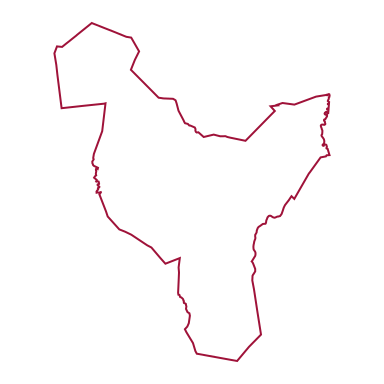 the district of San Cristóbal Amatlán, Oaxaca, Mexico
{"feature_id": "50627088B79757190065545", "entity_name": "San Cristóbal Amatlán", "entity_type": "district", "adm_level": 2, "iso_a3": "MEX", "parent_name": "Mexico", "parent_adm1": "Oaxaca", "projection": "albers", "projection_center": [-96.353, 16.302], "detail": "fine", "context": "isolated", "style": "outline", "palette": "rose", "viewbox_px": 384, "rotation_deg": 0, "n_neighbors": 0, "source": "geoboundaries", "source_scale": "gbopen_adm2", "svg_char_len": 4967}
<svg xmlns="http://www.w3.org/2000/svg" viewBox="0 0 384 384"><path d="M260.9,334.7L261.0,334.6L257.3,311.1L254.0,289.4L252.3,280.4L252.5,276.8L252.5,275.9L253.1,274.6L253.4,274.3L255.2,271.4L255.2,268.9L254.2,266.3L253.5,264.5L252.9,263.0L252.4,262.3L252.0,261.5L251.8,261.4L254.7,256.7L255.0,256.3L255.3,255.6L255.5,254.3L255.5,254.0L255.5,253.3L255.4,252.4L255.1,251.7L254.6,250.9L254.2,250.3L253.7,249.6L253.6,249.1L253.5,248.4L253.4,246.8L253.5,245.8L253.6,244.8L253.9,243.6L254.1,242.4L254.3,241.3L254.6,240.6L254.8,239.9L255.1,239.4L255.4,238.1L255.4,237.7L255.3,237.4L255.2,236.8L255.2,236.4L255.2,235.7L255.2,234.9L255.4,234.5L255.6,234.2L255.9,233.7L256.3,233.0L256.6,232.4L256.8,230.5L257.2,229.5L257.7,228.1L258.6,226.9L260.2,225.9L261.8,224.7L262.8,224.0L264.3,223.8L265.2,223.8L265.5,223.7L265.8,223.2L266.1,222.2L266.2,221.1L266.4,220.2L267.0,218.9L267.4,217.7L267.7,217.1L268.3,216.6L268.6,216.1L268.8,216.0L269.2,215.8L270.2,215.7L271.3,216.1L271.9,216.6L272.8,217.2L273.4,217.4L274.0,217.6L274.6,217.7L275.3,217.5L276.0,217.2L276.8,216.8L277.8,216.5L278.4,216.5L279.0,216.3L280.0,216.1L281.4,214.3L281.8,213.5L281.8,213.4L282.7,210.9L283.8,207.5L285.0,205.1L286.7,202.9L288.8,200.2L291.0,196.9L291.5,196.2L294.3,198.9L300.6,187.9L309.0,173.3L309.5,172.8L320.6,157.4L325.9,156.4L326.6,155.3L329.5,155.1L327.6,148.8L327.1,148.6L326.6,148.5L326.4,148.1L326.6,147.6L326.9,146.7L326.4,145.0L326.1,144.7L325.3,144.5L324.6,144.5L324.2,144.8L323.9,145.4L323.7,145.8L323.2,145.8L322.9,145.6L322.6,145.2L322.6,144.9L322.8,144.6L323.1,144.3L323.7,143.8L324.1,143.4L324.0,143.1L324.2,142.7L324.2,142.4L324.3,141.6L324.2,140.5L324.0,139.6L323.8,139.1L323.1,138.0L322.7,137.4L322.1,136.7L321.7,136.1L321.5,135.5L321.5,135.1L321.8,134.7L322.1,134.3L322.2,133.7L322.3,132.7L322.4,130.7L322.2,130.0L321.8,129.3L321.7,128.4L321.3,127.6L321.1,126.9L320.9,126.3L320.8,125.8L320.9,125.4L321.1,125.1L321.4,124.8L321.9,124.6L322.5,124.6L322.9,124.5L323.1,124.5L323.5,124.7L323.8,124.8L324.1,124.8L324.5,124.8L324.9,124.5L325.2,124.3L325.3,124.0L325.3,123.7L325.1,123.1L324.9,122.3L324.9,121.9L324.8,121.4L324.5,121.1L324.3,121.0L324.1,120.8L324.0,120.5L324.0,120.3L324.0,120.0L324.1,119.8L324.2,119.6L324.5,119.4L324.8,119.3L325.1,119.2L325.4,119.1L325.6,118.6L325.7,118.4L326.0,118.0L326.3,117.6L326.4,117.4L326.7,116.8L327.0,116.4L327.1,115.9L327.0,115.4L327.0,114.9L326.8,114.7L326.6,114.7L326.2,114.8L325.5,114.7L325.4,114.5L325.0,114.3L324.8,114.1L324.6,113.7L324.9,113.1L324.9,112.8L325.3,112.5L325.7,112.1L326.0,112.0L326.2,111.9L326.7,112.0L327.0,112.3L327.1,112.5L327.1,112.9L327.2,113.2L327.4,113.4L327.7,113.3L328.2,113.2L328.5,109.8L328.2,109.8L327.8,109.7L327.5,109.7L327.2,109.6L327.0,109.2L327.1,108.7L327.6,108.4L328.3,108.2L328.6,108.1L328.9,104.6L328.6,104.6L328.3,104.3L327.9,104.2L327.9,103.9L328.5,103.7L328.9,103.4L329.0,103.3L329.1,102.0L328.8,101.8L328.5,101.6L328.2,101.5L328.0,101.2L327.8,101.0L327.9,100.7L328.0,100.4L328.1,100.2L328.6,99.2L328.8,98.8L328.8,98.3L328.8,97.6L328.9,97.2L329.4,96.9L329.6,95.3L329.5,95.2L329.4,94.7L329.3,94.3L329.0,94.1L328.8,94.1L327.9,94.4L327.7,94.6L327.8,94.8L327.6,95.0L327.1,95.3L326.9,95.2L326.7,95.0L326.5,94.8L326.0,95.0L316.1,96.6L294.4,104.6L282.5,103.0L277.1,104.8L277.8,105.4L270.6,106.3L274.8,111.0L271.6,114.2L245.5,140.8L230.4,137.7L227.4,137.0L225.5,136.2L220.3,136.3L213.7,134.6L203.7,137.0L198.4,132.3L196.7,132.5L195.9,131.9L195.4,130.7L195.5,129.1L194.8,127.5L190.2,125.5L189.3,125.5L187.8,123.9L185.0,123.2L184.2,121.8L183.6,120.4L178.5,110.7L176.6,103.4L175.6,100.4L174.8,99.8L173.0,98.8L163.1,98.4L162.1,98.2L158.6,97.7L146.6,85.6L130.9,69.8L134.9,59.8L139.1,51.4L131.2,37.6L126.3,36.8L123.1,35.5L112.5,31.2L104.3,28.0L92.4,23.3L91.8,23.0L77.0,34.9L76.5,35.4L65.8,43.9L62.1,46.9L58.9,46.6L57.0,46.4L54.4,53.3L56.3,64.9L57.4,74.8L61.6,108.2L83.6,105.8L103.9,103.7L105.5,103.3L102.2,131.2L93.9,153.9L93.2,158.1L93.7,159.2L93.6,159.5L92.3,161.5L92.4,163.3L93.0,164.5L93.0,164.9L93.8,165.8L98.0,167.8L97.7,169.0L96.5,168.3L95.9,169.2L96.0,170.5L96.3,170.9L95.8,174.0L96.2,175.3L94.9,176.4L94.1,177.7L96.8,180.0L96.7,180.8L96.2,181.3L96.3,181.4L96.4,181.6L97.4,181.3L98.6,181.6L98.8,182.2L99.1,183.8L98.8,184.3L97.7,184.4L97.5,184.9L98.1,185.7L99.4,186.9L99.2,187.4L98.2,187.8L97.9,188.3L98.2,189.0L98.1,189.5L97.0,190.7L96.5,191.6L96.6,192.7L97.8,192.4L98.9,192.7L100.8,192.1L100.9,192.3L100.2,193.4L99.4,194.4L106.0,211.4L107.7,216.5L119.3,229.4L125.1,231.7L131.3,234.7L147.2,245.3L151.4,247.5L160.5,258.2L165.4,263.7L179.8,258.1L178.6,267.5L179.0,272.5L178.6,282.0L178.1,292.8L178.4,294.7L179.4,294.9L180.2,297.1L181.3,297.4L182.9,298.9L183.3,299.7L183.3,300.1L183.5,300.8L183.9,301.1L183.8,302.4L184.0,303.0L185.5,303.6L185.9,304.0L186.0,305.1L186.4,306.4L186.0,308.9L187.5,312.1L189.4,313.3L189.9,315.7L188.8,323.2L187.3,326.6L184.9,329.2L186.4,332.2L193.0,343.1L195.4,351.1L196.8,353.7L215.6,357.1L237.1,361.0L249.0,346.8L260.9,334.7Z" fill="none" stroke="#9f1239" stroke-width="2"/></svg>